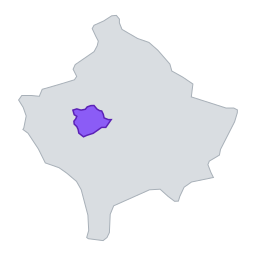 Klina on a map of Kosovo (Natural Earth projection)
{"feature_id": "KOS-5888", "entity_name": "Klina", "entity_type": "District", "adm_level": 1, "iso_a3": "XKX", "parent_name": "Kosovo", "parent_adm1": "", "projection": "natural_earth1", "projection_center": [20.583, 42.6], "detail": "fine", "context": "in_parent", "style": "filled", "palette": "violet", "viewbox_px": 256, "rotation_deg": 0, "n_neighbors": 0, "source": "natural_earth", "source_scale": "10m", "svg_char_len": 1310}
<svg xmlns="http://www.w3.org/2000/svg" viewBox="0 0 256 256"><path d="M58.6,84.6L74.4,79.8L76.7,76.4L73.1,69.2L75.2,64.6L94.1,51.6L97.2,45.8L98.3,41.1L95.8,36.3L92.2,28.6L94.0,25.3L103.8,20.9L111.7,15.8L116.4,15.4L119.4,19.1L119.4,22.9L122.0,29.4L127.8,32.8L137.6,38.5L148.9,42.4L157.8,50.2L169.9,64.1L171.8,71.0L182.7,77.1L192.9,84.0L191.3,96.9L225.9,108.0L233.7,108.0L237.4,109.9L237.3,112.8L234.6,121.8L220.5,149.4L219.4,155.1L209.3,161.1L207.9,164.6L210.8,172.2L213.4,177.5L213.2,177.5L191.5,182.0L184.1,187.2L179.8,196.4L178.4,201.1L174.6,201.3L168.2,196.5L160.1,189.2L149.5,189.8L113.7,205.8L110.2,214.3L109.4,232.5L107.0,237.5L103.1,240.6L88.3,238.7L86.7,237.5L88.7,230.4L87.9,215.1L81.2,189.7L76.5,181.4L66.7,173.1L59.0,167.7L45.3,162.9L38.4,149.0L28.0,133.2L22.9,129.5L23.8,128.0L26.2,116.0L23.2,107.4L18.6,100.0L21.8,95.5L31.4,95.5L39.3,96.3L42.2,89.3L58.6,84.6Z" fill="#d9dde1" stroke="#a8b0b8" stroke-width="1"/><path d="M94.0,105.5L97.0,109.1L99.5,110.6L101.7,111.0L103.3,114.3L104.1,117.9L108.3,119.6L111.2,119.6L105.8,127.4L101.6,127.4L93.2,133.3L86.9,135.3L83.5,136.8L78.8,133.1L78.1,129.4L76.8,126.6L74.2,124.1L73.9,121.2L75.8,118.8L76.8,116.3L74.2,114.7L72.9,110.1L76.8,108.9L81.0,110.1L85.3,109.3L87.2,106.9L90.8,105.6L94.0,105.5Z" fill="#8b5cf6" stroke="#5b21b6" stroke-width="1.5"/></svg>